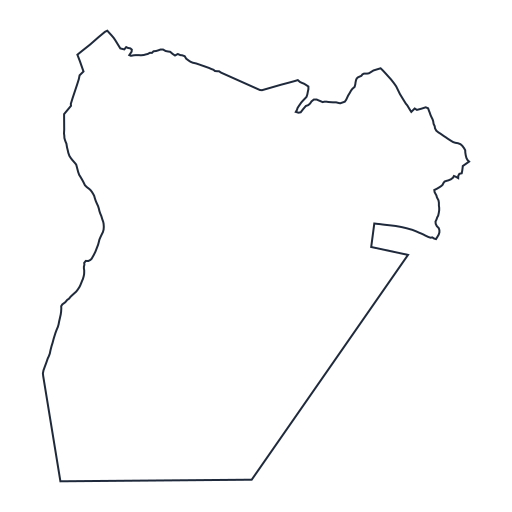 the district of Kisumu West, Nyanza, Kenya
{"feature_id": "3690345B39370723343062", "entity_name": "Kisumu West", "entity_type": "district", "adm_level": 2, "iso_a3": "KEN", "parent_name": "Kenya", "parent_adm1": "Nyanza", "projection": "albers", "projection_center": [34.67, -0.088], "detail": "fine", "context": "isolated", "style": "outline", "palette": "slate", "viewbox_px": 512, "rotation_deg": 0, "n_neighbors": 0, "source": "geoboundaries", "source_scale": "gbopen_adm2", "svg_char_len": 4194}
<svg xmlns="http://www.w3.org/2000/svg" viewBox="0 0 512 512"><path d="M425.7,107.3L421.4,108.7L416.9,109.9L414.7,108.5L413.5,109.7L411.3,111.9L410.0,109.9L408.2,106.9L407.3,105.4L405.8,103.6L403.0,99.1L399.9,94.0L396.2,86.4L394.6,84.1L393.5,82.6L390.9,79.3L388.0,76.1L386.4,74.3L384.0,71.7L382.4,70.0L380.6,68.3L376.6,69.5L373.4,70.5L371.5,71.7L368.9,73.3L367.1,73.6L364.0,73.6L362.4,74.4L361.4,75.8L359.6,76.6L358.0,77.3L356.7,78.5L356.0,80.2L355.5,82.6L355.3,84.3L354.6,86.9L352.4,88.8L351.1,90.5L349.7,93.0L348.1,95.6L346.2,99.7L344.8,101.7L342.8,102.4L340.2,103.3L338.3,102.9L336.0,102.3L332.5,102.3L328.4,102.0L326.6,101.7L324.4,101.7L322.6,102.1L320.6,101.2L318.6,100.4L316.6,99.5L313.9,99.5L311.5,101.4L310.1,103.5L308.3,105.1L305.8,106.0L303.0,109.3L300.7,112.3L298.5,112.7L295.8,111.9L297.0,109.8L297.5,108.1L298.9,105.9L300.1,104.2L301.2,102.6L302.5,101.1L304.6,98.9L306.5,96.9L307.3,94.5L307.9,91.4L308.4,89.2L308.4,86.5L305.5,84.6L303.8,83.6L302.2,83.0L300.0,82.0L297.8,80.1L294.9,81.0L292.7,81.6L288.7,82.7L281.1,84.7L262.0,90.2L259.9,90.0L221.0,72.6L219.1,71.3L216.7,71.2L214.9,71.0L213.5,69.8L211.1,68.9L208.9,67.9L196.3,63.5L194.6,63.1L192.7,62.7L190.4,61.7L188.6,60.5L186.2,58.7L184.7,56.2L182.2,55.3L180.3,55.1L177.8,54.0L175.0,55.5L172.6,53.9L170.2,51.8L168.1,51.5L165.6,51.0L163.0,49.5L160.6,49.5L158.1,50.4L156.1,51.0L153.5,51.3L151.9,52.9L149.9,52.8L147.7,54.0L145.9,54.4L143.8,55.0L140.9,55.3L138.5,55.1L136.0,55.1L133.7,55.3L130.9,55.8L129.3,55.1L131.6,51.7L131.8,49.6L130.4,48.4L127.8,47.9L126.2,47.1L124.3,49.4L120.3,48.4L115.2,40.1L113.7,37.9L111.5,35.3L109.0,32.6L107.3,30.7L105.0,31.8L98.6,37.1L89.8,44.8L82.2,50.8L77.4,54.7L80.0,61.5L83.5,71.5L79.6,75.3L78.8,79.2L77.0,84.9L72.6,98.1L70.8,103.9L71.0,105.8L64.1,114.1L64.1,116.3L64.2,129.6L64.0,133.5L64.3,135.7L64.4,138.0L65.0,140.1L65.6,141.8L66.4,143.6L67.0,147.3L67.8,150.5L68.3,152.8L69.4,155.9L70.9,158.2L72.3,160.0L73.8,161.7L75.1,163.2L76.2,164.6L76.8,166.8L77.4,169.1L78.2,172.1L79.2,174.9L80.3,176.6L82.0,179.5L83.1,181.5L84.1,183.5L84.9,185.2L86.8,187.1L89.2,188.9L90.6,190.2L91.9,191.9L93.2,194.0L94.2,195.9L94.8,198.1L95.7,200.8L96.8,203.4L98.1,206.2L98.9,208.8L99.4,211.0L100.2,213.4L101.3,216.0L102.3,219.3L103.2,221.8L103.6,223.8L103.8,226.8L103.6,229.6L102.9,232.1L101.7,234.5L100.7,236.6L99.4,239.6L98.9,241.7L98.1,244.7L96.9,247.8L95.4,251.7L93.8,254.9L91.6,258.8L90.3,260.0L88.3,261.0L85.8,260.9L84.2,262.9L84.4,264.7L83.9,266.7L83.9,268.5L84.2,270.2L84.2,272.3L84.1,274.3L83.6,276.6L82.9,279.0L82.1,280.8L81.4,282.6L80.3,285.3L79.4,287.1L77.6,289.8L76.2,291.6L74.3,293.3L72.2,295.2L70.6,296.7L68.9,298.8L67.3,299.8L65.2,302.3L62.3,304.4L61.2,306.2L61.3,308.4L61.1,311.8L60.7,314.6L59.7,319.0L59.1,321.6L58.6,324.3L57.9,326.8L56.7,329.6L55.5,332.8L53.7,338.6L52.5,343.1L51.6,345.9L50.5,350.2L49.8,353.6L48.7,356.5L47.8,358.3L46.4,362.4L44.8,366.7L43.5,370.3L42.9,373.4L43.2,376.1L60.4,481.3L251.7,479.7L408.0,254.9L371.2,247.0L374.3,223.5L377.5,223.9L379.9,224.1L382.6,224.5L385.1,224.8L387.9,225.1L390.6,225.4L393.3,225.7L395.8,226.0L397.9,226.4L400.2,226.8L402.6,227.3L404.7,227.8L406.8,228.3L409.6,229.1L412.2,229.8L414.5,230.7L416.5,231.5L419.1,232.7L421.4,233.6L423.6,234.6L425.2,235.5L428.4,237.0L430.6,237.7L432.3,237.4L434.0,238.5L436.0,239.1L437.3,237.0L438.7,234.6L439.4,232.4L439.4,230.2L438.8,228.2L436.8,226.1L435.7,223.8L435.5,221.6L436.5,219.5L437.2,217.4L438.2,215.6L438.8,212.8L439.2,210.2L439.2,207.9L438.9,205.5L438.9,202.7L438.5,200.4L436.9,197.3L436.4,195.4L435.5,193.8L434.6,192.1L434.3,190.0L436.8,188.8L439.5,187.2L441.3,186.0L442.6,184.8L443.4,183.1L444.6,181.5L446.7,180.8L448.3,180.4L450.9,179.3L453.0,177.7L453.9,176.0L456.1,176.9L458.2,178.1L458.3,175.7L459.4,173.8L461.7,173.3L462.2,170.9L462.6,167.9L462.8,166.0L465.4,164.2L469.1,161.6L467.5,160.0L466.4,157.9L465.7,155.1L465.3,152.5L465.2,150.2L464.0,148.1L462.3,145.8L460.5,144.2L457.9,143.2L455.4,142.8L453.2,142.1L451.5,141.1L449.3,139.7L447.3,138.4L445.8,137.3L443.9,136.1L442.2,134.9L440.5,133.7L438.4,132.4L436.3,130.7L435.0,128.3L434.7,126.2L433.6,123.9L433.2,121.3L432.6,119.4L431.6,117.4L430.6,115.2L429.7,112.6L428.9,110.6L428.1,108.3L425.7,107.3Z" fill="none" stroke="#1e293b" stroke-width="2"/></svg>